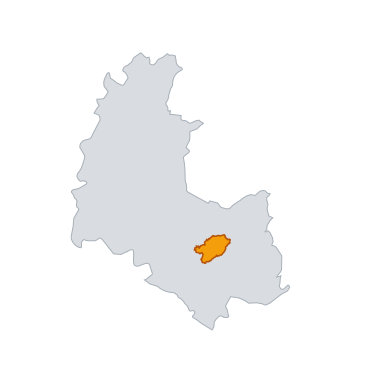 Pita, Pita, Guinea (highlighted), rotated 209°
{"feature_id": "49546643B45846614697329", "entity_name": "Pita", "entity_type": "district", "adm_level": 2, "iso_a3": "GIN", "parent_name": "Guinea", "parent_adm1": "Pita", "projection": "robinson", "projection_center": [-12.584, 10.91], "detail": "fine", "context": "in_parent", "style": "filled", "palette": "amber", "viewbox_px": 384, "rotation_deg": 209, "n_neighbors": 0, "source": "geoboundaries", "source_scale": "gbopen_adm2", "svg_char_len": 6405}
<svg xmlns="http://www.w3.org/2000/svg" viewBox="0 0 384 384"><g transform="rotate(209 192 192)"><path d="M230.6,251.3L227.9,250.9L226.7,251.5L223.0,256.3L220.8,258.2L217.4,257.6L216.2,258.0L215.3,257.4L216.6,254.8L218.3,249.5L222.8,244.2L222.9,243.1L221.0,240.0L219.1,235.8L219.1,231.3L218.7,228.0L214.8,227.1L214.0,226.5L213.9,225.4L216.1,219.8L216.3,218.6L216.0,217.6L213.6,214.7L209.8,209.4L203.3,198.4L200.8,196.1L198.5,192.8L197.6,190.7L195.2,189.9L172.4,190.0L172.0,192.9L164.1,194.8L159.3,192.6L153.9,193.9L151.3,195.4L149.3,201.7L148.2,203.1L147.0,206.0L145.9,207.6L144.8,210.7L142.2,215.2L139.5,218.1L135.0,219.7L133.5,224.4L132.5,226.2L130.7,227.6L128.8,228.5L125.1,227.5L123.0,228.4L122.7,227.2L123.9,223.5L122.9,221.5L119.3,217.6L119.0,215.7L117.9,213.3L113.2,208.3L108.8,208.6L110.0,204.4L110.0,198.8L108.5,195.8L108.8,192.7L108.0,192.9L106.6,195.0L104.2,194.3L99.4,191.0L97.0,187.8L96.7,185.1L96.2,184.0L94.7,184.6L91.7,184.5L82.5,179.7L76.0,167.4L75.9,164.7L76.8,159.9L76.6,158.6L73.6,161.8L73.1,159.7L70.8,154.7L70.1,151.9L67.9,150.6L66.2,150.4L64.8,151.4L63.0,157.1L61.7,157.1L60.3,155.8L60.6,151.6L64.1,146.2L70.0,132.6L72.2,129.5L73.5,128.5L76.3,128.3L81.7,126.5L88.4,122.3L93.5,122.6L99.5,122.1L107.4,119.2L107.5,110.1L107.2,108.1L104.4,106.3L102.8,104.7L101.4,102.7L99.7,101.3L99.8,99.7L103.3,97.8L106.5,97.8L107.5,97.1L108.3,95.8L109.2,92.5L109.5,89.0L107.4,84.4L107.6,81.1L119.1,81.6L125.4,82.5L130.6,82.7L131.4,83.5L130.7,86.7L131.4,88.6L133.1,89.1L136.0,86.9L137.5,87.4L140.8,90.1L143.8,90.9L147.0,92.4L150.1,93.2L152.9,93.1L155.0,94.7L158.8,95.2L163.8,93.2L167.7,92.3L173.1,92.1L176.0,92.8L184.4,91.2L190.9,92.1L189.9,93.1L186.9,100.4L187.3,101.7L194.0,107.9L195.5,108.3L197.4,107.5L200.2,104.6L202.5,101.6L204.7,100.1L207.2,100.2L209.2,102.3L214.0,111.4L215.2,112.6L216.3,112.6L218.4,110.9L219.5,108.9L223.9,102.9L230.7,99.9L246.9,106.8L249.3,107.3L250.6,106.8L252.7,102.7L258.8,99.2L261.7,98.2L263.3,98.1L264.0,97.0L264.3,95.3L263.9,93.6L262.0,90.5L262.0,89.6L263.1,89.0L265.4,88.6L268.4,88.9L271.8,90.2L274.5,92.1L276.1,94.4L279.2,104.1L282.6,111.6L282.5,121.8L284.0,122.8L285.7,123.2L286.5,124.0L288.2,128.2L289.7,129.4L291.6,129.7L295.1,132.4L297.4,133.4L297.7,134.2L297.6,135.3L296.7,136.7L293.4,139.5L291.7,141.9L288.3,147.7L288.2,148.7L288.9,149.5L290.3,149.7L291.9,149.3L295.0,147.2L297.5,147.9L299.9,149.5L300.8,151.2L301.0,153.3L300.5,156.2L300.4,159.3L301.3,164.7L302.5,170.0L303.8,172.0L311.8,176.7L312.6,178.4L313.0,180.4L312.4,183.2L311.6,184.7L307.3,188.9L306.6,190.9L306.9,194.6L307.3,210.3L309.0,212.9L311.1,214.2L315.9,213.5L315.8,217.9L315.2,222.7L318.0,224.2L319.4,225.7L320.2,227.1L315.7,229.7L314.5,231.2L313.9,235.3L314.0,239.1L320.0,241.7L322.3,244.9L323.3,248.2L323.7,254.4L323.2,255.8L321.7,255.8L318.6,252.0L314.0,251.6L310.5,250.9L304.8,251.4L303.8,252.5L303.2,260.7L304.6,262.1L307.3,263.7L309.1,264.3L310.6,264.1L311.7,265.1L312.0,267.8L311.2,269.8L309.7,271.7L307.8,276.4L308.2,280.8L305.0,287.7L304.1,289.0L299.8,287.7L297.0,287.2L295.0,289.0L292.2,286.3L291.7,284.2L290.7,283.7L288.8,283.7L287.0,284.9L286.3,287.1L285.9,291.5L282.8,295.7L280.6,301.0L278.0,300.5L277.5,301.1L274.8,302.5L272.4,302.9L271.8,301.5L270.5,300.4L268.9,298.1L267.2,296.3L263.9,295.1L262.6,295.6L261.1,295.5L260.0,294.8L260.2,293.7L261.9,290.9L262.9,288.4L263.4,285.7L263.4,283.1L262.5,279.4L261.0,276.4L260.6,274.7L260.8,272.3L260.4,270.1L260.0,268.9L259.2,264.7L258.4,263.9L257.9,260.5L258.0,257.0L256.7,255.6L254.7,254.7L253.5,253.3L252.8,251.8L252.1,251.3L251.5,251.4L250.9,252.4L250.2,252.6L249.1,249.3L248.6,249.2L247.8,249.9L238.5,253.6L237.3,250.5L235.5,249.9L232.4,251.2L230.6,251.3Z" fill="#d9dde1" stroke="#a8b0b8" stroke-width="1"/><path d="M161.7,142.5L161.4,142.9L160.7,143.3L160.5,143.1L160.0,142.4L159.7,141.6L159.3,141.3L158.8,141.3L157.6,141.8L156.1,142.1L155.6,142.0L155.4,141.8L155.1,141.8L155.0,142.1L154.8,142.5L154.5,142.7L154.3,143.4L154.0,143.8L153.7,143.6L153.3,143.2L153.0,143.1L152.6,143.1L152.2,143.0L152.1,142.8L151.9,142.3L151.8,142.1L151.8,141.8L151.7,141.3L151.6,141.1L151.5,140.6L151.5,140.0L151.3,139.7L151.2,139.1L151.2,138.7L151.5,138.0L151.5,137.5L151.1,137.1L150.5,137.2L150.3,136.7L149.9,136.3L149.5,136.3L149.1,136.0L148.9,135.4L148.5,135.4L147.9,135.7L147.7,135.8L146.9,136.0L146.5,135.8L146.4,136.0L146.1,136.3L145.8,136.3L145.6,136.5L145.8,136.7L146.0,136.8L145.9,137.3L145.8,137.7L145.5,138.1L145.0,138.5L144.6,138.5L144.2,138.6L143.9,139.3L143.7,139.4L143.5,139.5L143.2,139.6L143.1,140.2L143.1,140.5L142.8,140.5L142.4,140.8L142.3,141.1L142.2,141.5L142.2,141.9L142.1,142.4L141.9,143.0L141.5,143.7L141.5,144.1L141.1,144.6L141.1,144.9L141.0,145.4L140.8,145.7L140.3,146.0L140.2,146.4L140.0,146.9L139.8,148.0L139.7,148.4L139.0,147.9L138.7,147.9L138.5,148.8L137.4,149.2L137.1,149.7L137.0,150.1L136.8,150.6L135.9,151.0L135.5,151.7L135.4,153.3L134.9,154.6L135.0,155.4L134.7,156.5L134.8,156.9L135.0,157.1L134.9,157.4L135.1,159.0L135.5,159.5L136.0,160.1L135.8,160.7L135.4,161.3L135.2,161.8L135.2,162.7L135.5,162.8L135.6,163.0L135.0,164.2L134.8,165.1L134.6,165.1L134.5,164.9L134.4,164.9L134.2,165.3L134.3,165.9L134.4,166.3L134.9,166.6L135.1,167.1L135.2,167.4L135.3,168.2L135.4,168.7L136.3,168.9L136.5,168.8L137.1,168.3L137.7,167.5L138.1,167.6L138.3,167.9L138.7,168.2L139.1,168.2L139.6,168.1L140.1,168.1L140.5,168.4L140.7,168.8L141.4,168.8L141.7,169.3L141.9,169.6L142.1,169.5L142.3,169.7L142.3,169.9L142.6,170.2L143.3,170.1L143.6,169.8L144.2,169.2L144.3,169.0L144.7,168.6L146.0,167.3L146.3,167.1L146.5,167.1L146.9,167.1L147.2,167.1L147.5,166.9L148.4,166.2L148.8,166.1L149.2,165.3L149.8,164.9L150.1,164.6L150.5,164.5L150.7,164.2L151.2,163.9L151.4,164.2L151.5,164.3L152.0,164.2L152.5,163.9L152.9,163.3L152.9,162.8L153.2,162.3L153.3,161.7L153.3,161.1L154.6,159.5L154.1,159.4L154.2,159.0L154.7,158.1L154.9,157.3L155.5,157.6L156.1,157.6L156.0,156.2L156.5,155.1L156.7,154.3L156.0,153.4L155.5,152.7L155.1,152.1L155.1,151.8L155.8,151.6L156.5,151.5L156.7,151.3L156.8,151.2L157.4,150.3L157.6,149.8L157.8,149.6L158.1,149.3L158.3,148.8L158.4,148.1L158.5,148.2L158.5,147.8L158.6,147.4L158.5,146.9L158.6,146.4L158.8,146.4L159.0,146.5L159.3,146.8L159.3,147.0L159.4,147.3L159.5,147.6L159.8,147.7L160.0,147.8L160.2,147.6L160.4,147.5L160.5,147.3L160.8,147.0L161.6,146.9L161.1,146.5L161.0,146.1L160.9,145.7L161.2,145.4L161.6,145.7L162.1,145.0L162.4,144.5L162.1,143.5L161.9,142.9L161.7,142.5Z" fill="#f59e0b" stroke="#b45309" stroke-width="1.5"/></g></svg>